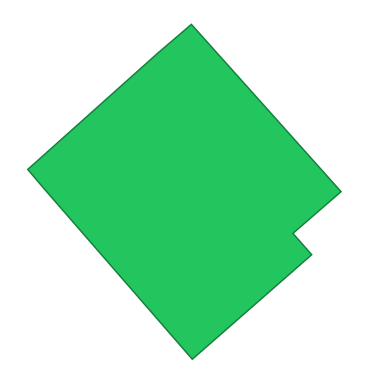 the district of Palo Pinto, Texas, United States of America, rotated 138°
{"feature_id": "52423323B58285060103577", "entity_name": "Palo Pinto", "entity_type": "district", "adm_level": 2, "iso_a3": "USA", "parent_name": "United States of America", "parent_adm1": "Texas", "projection": "albers", "projection_center": [-98.332, 32.76], "detail": "fine", "context": "isolated", "style": "filled", "palette": "green", "viewbox_px": 384, "rotation_deg": 138, "n_neighbors": 0, "source": "geoboundaries", "source_scale": "gbopen_adm2", "svg_char_len": 284}
<svg xmlns="http://www.w3.org/2000/svg" viewBox="0 0 384 384"><g transform="rotate(138 192 192)"><path d="M299.7,294.6L303.7,67.5L145.0,65.3L144.7,93.7L81.0,92.5L80.6,205.2L80.3,317.0L123.8,318.1L299.0,318.7L299.7,294.6Z" fill="#22c55e" stroke="#15803d" stroke-width="1.5"/></g></svg>